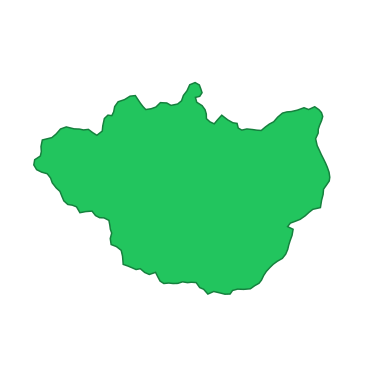 Araújos, Minas Gerais, Brazil, rotated 255°
{"feature_id": "56859067B13724994892972", "entity_name": "Araújos", "entity_type": "district", "adm_level": 2, "iso_a3": "BRA", "parent_name": "Brazil", "parent_adm1": "Minas Gerais", "projection": "albers", "projection_center": [-45.174, -19.885], "detail": "fine", "context": "isolated", "style": "filled", "palette": "green", "viewbox_px": 384, "rotation_deg": 255, "n_neighbors": 0, "source": "geoboundaries", "source_scale": "gbopen_adm2", "svg_char_len": 2271}
<svg xmlns="http://www.w3.org/2000/svg" viewBox="0 0 384 384"><g transform="rotate(255 192 192)"><path d="M263.9,48.4L259.1,46.2L253.8,47.7L250.1,51.9L247.1,56.9L242.1,59.0L237.0,59.4L231.1,61.9L226.8,64.6L221.7,65.2L216.6,65.9L212.1,68.8L210.3,72.9L207.6,76.6L201.0,78.4L200.6,84.2L199.4,90.5L194.2,92.7L191.1,96.1L189.8,100.3L186.1,104.4L180.9,104.0L177.1,103.5L173.1,103.8L168.2,101.0L162.2,100.3L158.8,104.9L154.0,108.5L148.1,108.3L143.6,107.5L139.9,106.8L137.1,110.9L134.4,114.4L131.6,117.9L131.3,122.2L126.5,125.5L123.4,129.4L123.8,136.0L118.5,137.1L114.2,138.1L110.9,141.1L110.1,146.0L108.5,150.0L107.4,154.6L107.7,159.6L105.6,164.2L105.0,168.1L103.4,172.6L97.7,174.7L95.0,178.1L89.3,180.9L90.3,187.2L87.6,192.3L84.8,197.3L83.6,202.4L86.4,205.7L86.4,210.9L84.6,216.6L83.4,223.3L85.3,228.4L86.5,233.1L88.9,236.3L92.8,239.6L96.1,243.3L98.9,247.7L101.2,251.8L103.0,256.4L104.5,262.1L107.7,266.4L111.8,269.6L115.7,271.7L119.5,274.1L124.2,277.4L129.8,280.0L133.8,275.4L136.5,278.9L137.0,284.3L137.6,289.4L139.7,295.2L142.2,300.0L144.0,304.3L143.7,312.0L150.4,315.0L155.7,318.0L160.7,319.8L164.1,323.9L167.1,327.4L170.6,328.9L175.6,329.5L180.9,329.1L185.1,328.5L189.8,327.6L195.1,326.5L198.9,325.9L204.4,324.9L211.5,325.2L216.2,329.1L219.9,330.2L223.3,332.4L227.4,335.6L231.1,337.8L235.2,337.6L238.7,335.9L242.6,332.6L241.5,326.0L244.4,322.0L243.8,314.9L244.0,308.7L244.8,304.4L244.8,299.8L242.1,294.1L238.7,289.1L237.6,284.3L235.8,279.7L233.5,274.8L234.9,270.7L236.6,266.8L238.7,261.3L238.9,256.1L241.8,253.2L246.6,253.3L248.3,249.4L252.4,245.2L258.5,240.6L255.0,235.2L252.1,231.1L255.0,227.6L259.1,224.9L263.6,226.0L268.1,225.9L272.8,224.1L277.5,219.8L282.5,219.8L282.4,224.2L285.3,227.4L289.2,227.2L293.5,226.8L296.9,223.3L296.2,217.6L291.0,213.3L287.5,208.7L282.8,205.5L280.7,200.9L281.1,194.1L284.5,190.7L286.5,184.6L283.4,179.1L283.0,174.1L283.6,168.7L287.1,166.8L291.2,165.1L295.9,163.5L299.8,162.2L300.6,157.0L298.7,150.7L298.3,144.0L294.5,139.4L289.7,137.1L286.5,134.3L288.0,130.7L285.7,126.4L278.9,122.9L274.1,121.1L271.4,114.8L275.1,111.4L279.3,108.1L280.0,103.3L281.9,99.6L283.5,94.5L287.4,87.4L286.9,81.3L283.2,75.8L280.8,70.7L280.9,65.5L281.0,60.9L275.0,57.9L270.0,56.9L266.0,54.8L263.9,48.4Z" fill="#22c55e" stroke="#15803d" stroke-width="1.5"/></g></svg>